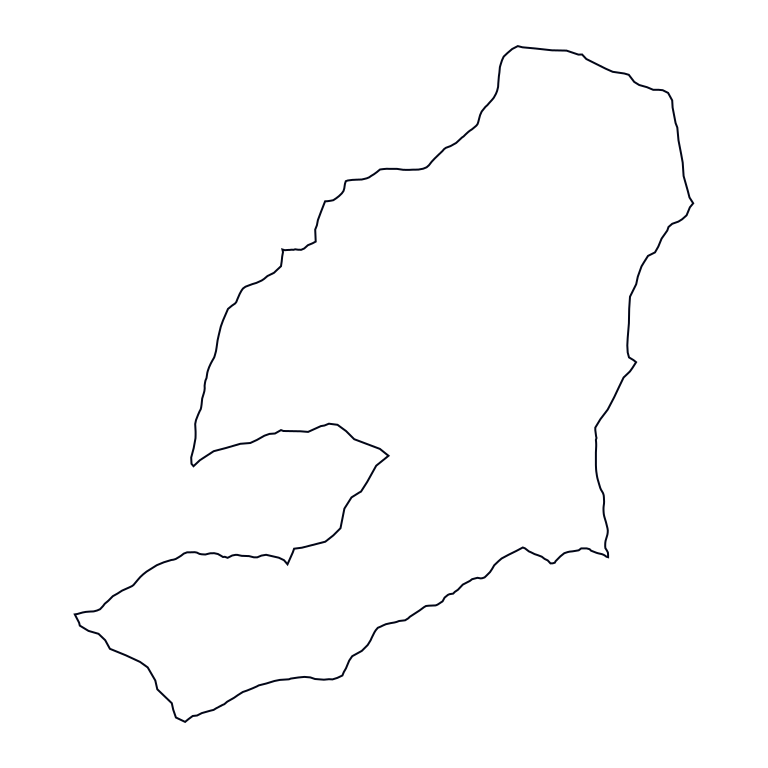 Shapa, Paro, Bhutan
{"feature_id": "84629894B81058268948150", "entity_name": "Shapa", "entity_type": "district", "adm_level": 2, "iso_a3": "BTN", "parent_name": "Bhutan", "parent_adm1": "Paro", "projection": "natural_earth1", "projection_center": [89.46, 27.36], "detail": "fine", "context": "isolated", "style": "outline", "palette": "ink", "viewbox_px": 768, "rotation_deg": 0, "n_neighbors": 0, "source": "geoboundaries", "source_scale": "gbopen_adm2", "svg_char_len": 6070}
<svg xmlns="http://www.w3.org/2000/svg" viewBox="0 0 768 768"><path d="M636.1,362.2L633.5,360.1L629.0,357.4L627.7,352.5L627.3,345.4L627.7,337.9L628.9,323.4L629.2,308.7L630.0,296.7L636.2,284.2L637.8,276.7L641.5,266.4L643.9,262.4L648.0,255.9L655.0,252.4L658.3,246.6L661.6,238.6L667.3,230.5L668.5,227.0L672.2,223.8L678.4,221.6L682.1,219.3L686.6,215.3L689.9,207.3L693.2,203.3L689.5,197.5L687.8,190.9L683.6,176.0L682.7,162.6L681.1,153.8L678.5,140.4L677.3,127.5L675.6,123.1L672.6,107.5L672.2,100.4L668.1,92.9L662.7,90.2L658.6,89.8L653.2,89.8L647.0,87.2L639.2,85.0L634.2,81.9L628.8,74.8L624.3,73.5L612.7,71.8L605.7,68.7L592.5,62.1L586.3,59.0L582.1,54.5L578.4,54.6L566.5,50.6L551.9,50.3L535.5,48.5L522.5,47.3L517.8,46.1L512.2,49.0L507.5,53.0L503.7,56.6L502.0,60.3L500.8,64.0L499.9,67.1L499.4,72.6L498.9,76.1L498.3,83.3L498.1,86.9L497.1,90.9L496.0,93.7L493.8,97.7L492.1,99.8L489.1,103.1L487.4,105.1L485.4,106.9L481.7,111.5L480.1,115.1L479.2,118.4L478.3,121.9L477.6,124.0L476.4,125.6L474.3,127.4L472.0,129.3L469.7,130.8L468.1,132.1L465.6,134.4L463.5,136.5L462.1,137.4L459.0,140.3L456.2,142.9L450.5,146.1L445.9,147.8L444.1,149.1L442.4,151.1L438.3,155.0L434.7,158.5L431.7,161.7L428.9,165.3L426.6,167.3L423.2,168.7L418.3,169.6L412.4,169.7L408.5,169.9L403.2,169.8L397.2,168.9L392.4,168.9L386.4,168.8L383.1,169.1L380.0,169.5L377.0,172.0L374.0,174.2L371.2,175.9L369.2,177.3L366.8,178.3L364.4,178.9L361.8,179.5L356.3,179.7L352.4,179.9L347.7,180.5L345.8,181.2L345.0,183.7L344.7,185.5L344.3,188.3L343.5,191.0L341.8,193.4L339.0,196.1L336.3,198.2L333.3,200.2L330.8,200.7L327.5,201.2L325.1,201.3L321.0,211.8L317.9,220.1L316.9,225.3L315.2,229.6L315.5,236.5L315.7,241.6L312.5,243.3L307.9,245.2L304.2,248.5L301.2,249.8L297.9,249.7L295.2,249.3L293.5,249.8L291.5,249.7L289.9,249.9L287.3,250.0L284.8,250.2L282.4,249.5L283.0,252.1L282.5,254.8L282.2,256.5L281.7,261.4L281.0,266.2L276.5,270.4L274.0,272.8L267.5,276.0L264.1,278.9L261.7,280.5L256.4,282.9L252.4,284.1L248.9,285.4L245.5,286.7L243.0,288.5L241.5,290.6L239.7,293.9L238.4,296.9L237.4,299.2L236.3,302.0L235.1,303.5L231.9,305.7L229.6,307.6L228.0,308.9L223.0,320.5L220.8,326.6L218.8,334.9L217.6,340.3L216.6,347.4L216.0,351.1L214.8,355.5L214.2,357.4L212.2,360.9L210.8,363.5L209.1,367.2L207.8,370.9L207.3,372.8L206.5,378.1L205.5,380.4L205.0,382.8L204.6,385.7L204.7,388.4L204.4,391.0L203.7,393.6L202.2,398.5L201.6,404.4L201.2,407.2L200.7,409.3L199.6,411.3L198.0,415.0L196.0,420.1L195.2,424.0L195.5,429.8L195.6,431.9L195.6,434.8L195.5,438.2L193.7,448.1L191.2,457.5L191.5,463.8L193.5,466.2L199.9,460.2L213.7,451.2L225.9,448.0L240.3,443.8L250.3,443.0L257.0,439.9L264.4,435.7L269.5,433.9L275.0,433.5L281.0,430.1L283.4,431.0L300.6,431.3L308.1,431.9L320.9,426.1L324.5,425.5L328.9,423.7L337.5,424.8L346.1,431.1L354.2,439.2L379.9,448.9L388.5,455.8L376.2,465.7L367.2,481.9L361.0,491.6L359.3,492.5L351.5,497.4L344.4,508.6L340.5,528.2L333.3,535.4L325.3,541.7L301.9,547.7L294.1,548.7L292.8,552.4L287.5,564.3L284.0,560.2L278.8,557.7L266.1,554.8L261.4,555.6L257.3,557.3L253.8,557.3L249.0,556.1L243.7,555.9L242.1,555.9L239.6,555.4L237.4,554.9L235.3,554.9L232.2,555.5L229.5,556.9L227.6,557.8L224.8,556.8L223.0,557.0L220.9,555.7L217.9,554.0L214.2,553.2L210.3,553.3L208.5,553.7L205.4,554.5L201.8,554.3L199.5,553.9L196.9,552.6L194.8,552.2L191.0,552.3L187.2,552.3L183.8,553.6L181.1,555.7L178.9,557.1L175.7,559.0L173.4,559.7L171.3,560.0L163.8,562.3L156.8,565.2L146.6,571.6L143.2,574.3L140.3,577.0L138.1,579.5L133.5,585.0L132.0,586.1L129.5,587.3L122.1,590.6L117.6,593.5L112.8,596.2L108.4,600.7L104.8,603.7L103.0,606.1L100.1,609.2L97.1,610.5L93.7,611.4L89.3,611.6L85.8,611.9L82.6,612.5L77.3,614.0L74.8,614.4L79.1,622.7L79.8,625.6L88.5,630.9L98.5,633.8L105.2,640.2L109.9,648.8L125.8,655.3L140.0,661.9L147.7,667.4L155.3,680.5L157.3,689.3L171.8,703.2L173.2,709.6L175.9,717.5L185.1,721.9L188.5,719.1L192.7,716.0L197.1,715.5L201.8,713.1L210.3,710.7L213.6,709.9L216.0,708.4L222.4,705.0L224.3,704.2L227.2,701.7L234.2,697.7L237.9,695.1L242.8,692.0L246.9,690.6L252.6,688.3L256.9,686.4L258.7,685.4L266.3,683.5L274.4,681.0L279.9,679.9L282.9,679.7L289.0,679.3L290.7,678.6L298.2,677.5L304.4,676.9L310.3,677.4L315.0,679.0L323.9,679.7L329.0,679.2L332.5,679.4L337.3,677.9L342.4,675.5L343.8,672.1L346.0,668.3L346.9,666.1L349.2,660.6L352.2,656.2L358.9,652.5L361.8,650.9L367.7,645.0L370.6,640.3L371.8,637.6L374.4,632.4L375.7,630.3L377.8,627.8L380.7,626.6L382.7,625.6L385.9,624.2L390.8,623.1L394.4,622.5L396.7,621.9L399.1,621.0L405.1,620.3L408.3,618.3L409.8,616.8L419.5,610.5L424.1,607.1L426.0,606.0L428.8,605.7L435.7,605.4L437.6,604.6L442.6,601.3L444.6,597.6L447.9,594.9L449.5,594.2L453.2,593.6L454.8,591.9L457.9,589.8L462.8,584.6L469.9,580.9L472.1,579.2L477.5,577.8L480.7,578.4L482.3,578.2L484.6,577.4L486.1,576.0L490.0,572.1L492.2,568.8L494.2,565.3L498.6,561.1L501.6,558.5L508.5,554.8L516.2,551.0L518.1,550.0L522.8,547.5L524.9,548.3L528.9,551.4L531.0,552.3L534.6,554.1L537.9,555.2L541.8,556.7L544.6,558.9L547.7,560.4L550.5,563.4L552.8,563.3L554.8,562.7L555.6,561.2L560.3,556.4L564.3,553.2L567.6,552.1L569.8,551.6L572.1,551.4L575.3,550.9L578.7,550.3L581.2,548.4L584.4,548.4L586.7,548.4L589.6,549.2L591.1,550.7L596.5,552.8L598.2,553.3L601.8,554.1L603.6,554.8L605.1,555.7L606.4,556.7L608.1,557.2L608.1,555.0L607.9,552.5L606.8,550.4L605.4,548.2L605.2,546.4L605.2,544.6L605.3,542.7L605.6,540.7L606.2,538.7L606.8,536.7L607.4,534.6L607.7,532.6L607.8,530.5L607.5,528.4L607.0,526.3L606.5,524.3L606.0,522.3L605.4,520.3L604.8,518.3L604.2,516.2L603.8,514.2L603.6,512.1L603.5,510.0L603.5,507.9L603.7,505.8L604.0,503.7L604.1,501.6L604.0,499.5L603.9,497.3L603.7,495.3L603.1,493.3L602.1,491.5L601.0,489.7L600.2,487.8L599.6,485.8L599.0,483.8L598.4,481.7L597.8,479.7L597.3,477.7L596.9,475.6L596.6,473.5L596.3,471.5L596.1,469.4L596.0,467.3L595.9,465.2L595.9,463.1L595.9,460.9L595.9,458.8L595.9,456.7L595.9,454.6L595.9,452.5L596.0,450.4L596.1,448.3L596.2,446.2L596.2,444.1L596.1,442.0L595.9,439.9L596.5,438.0L596.1,436.3L595.3,430.1L595.3,427.6L600.4,419.2L607.7,409.6L614.2,397.2L619.2,386.6L623.6,377.5L627.3,374.0L629.9,371.5L632.4,368.0L636.1,362.2Z" fill="none" stroke="#020617" stroke-width="2"/></svg>